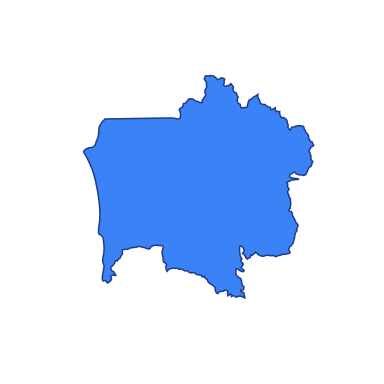 the district of Guaraqueçaba, Paraná, Brazil, rotated 136°
{"feature_id": "56859067B83930730788661", "entity_name": "Guaraqueçaba", "entity_type": "district", "adm_level": 2, "iso_a3": "BRA", "parent_name": "Brazil", "parent_adm1": "Paraná", "projection": "albers", "projection_center": [-48.356, -25.235], "detail": "fine", "context": "isolated", "style": "filled", "palette": "blue", "viewbox_px": 384, "rotation_deg": 136, "n_neighbors": 0, "source": "geoboundaries", "source_scale": "gbopen_adm2", "svg_char_len": 5765}
<svg xmlns="http://www.w3.org/2000/svg" viewBox="0 0 384 384"><g transform="rotate(136 192 192)"><path d="M106.2,126.8L106.9,128.4L108.4,130.1L109.4,131.4L110.7,133.2L111.3,135.1L110.4,135.9L109.0,136.5L107.5,135.8L106.0,135.8L104.5,135.2L104.4,132.9L103.5,130.5L101.2,128.0L100.0,126.1L97.8,125.5L96.5,126.0L94.5,127.0L91.9,127.9L90.5,128.5L88.8,127.8L87.0,128.4L85.6,129.5L83.9,130.0L84.1,131.9L82.6,134.4L81.1,135.6L80.9,137.0L80.1,137.9L79.4,140.0L77.8,140.9L75.6,141.5L72.2,140.9L71.5,143.0L70.8,144.4L71.7,146.3L70.5,150.0L69.0,151.7L68.5,154.4L68.5,156.3L67.8,157.7L67.3,159.7L66.2,161.6L67.3,163.4L68.6,165.1L70.4,166.5L71.6,167.3L73.3,167.7L75.5,169.4L78.2,168.2L78.6,169.7L78.1,171.9L77.0,172.7L75.8,174.3L75.6,175.7L74.4,176.5L73.8,178.8L74.0,180.7L74.7,182.3L76.1,183.4L75.8,185.1L74.6,187.4L73.0,189.0L75.5,191.5L74.9,193.5L73.7,194.7L77.0,195.7L78.1,196.5L76.9,198.4L77.7,199.6L78.3,201.0L78.7,202.8L78.8,204.4L79.8,205.2L80.6,206.6L81.3,208.4L79.6,211.2L79.4,212.9L78.2,215.3L76.8,216.4L79.6,216.9L81.1,217.4L82.4,217.5L85.0,217.6L86.6,218.5L89.4,217.4L91.1,216.3L93.4,214.8L95.1,215.7L96.7,217.3L97.9,217.6L98.2,218.9L97.4,220.1L96.4,221.7L97.1,223.6L96.6,225.4L95.3,227.0L94.0,227.7L92.9,228.2L92.5,230.2L91.3,232.5L92.2,234.2L91.8,236.8L90.2,238.2L89.1,238.8L89.0,240.7L88.8,243.1L90.4,242.8L91.5,243.3L93.4,244.0L94.9,245.4L95.1,247.1L93.5,247.8L91.4,249.8L90.1,250.4L90.5,252.1L91.8,253.9L93.3,254.1L94.4,254.3L95.6,255.1L95.4,256.9L95.8,260.1L96.6,261.4L98.1,263.3L99.5,263.9L100.4,265.0L101.7,266.2L104.7,264.8L105.1,262.6L105.4,260.9L107.1,259.3L108.1,257.6L109.4,256.9L112.1,256.2L113.9,254.3L114.2,252.3L117.7,251.5L121.1,250.8L122.6,249.3L123.9,250.4L124.6,251.9L125.3,253.7L126.4,255.3L126.8,258.3L127.7,259.4L129.3,261.0L130.8,261.1L132.0,260.7L133.3,260.7L135.1,260.3L136.7,261.6L138.2,260.3L140.5,259.9L143.1,260.4L144.2,259.9L145.3,257.0L147.6,254.5L148.6,253.7L150.1,253.5L151.3,254.2L153.3,257.0L154.0,258.0L157.5,261.6L203.8,304.9L207.3,304.9L209.7,304.4L213.2,303.4L214.8,302.4L216.5,300.8L217.7,299.6L218.6,298.8L219.8,297.9L221.4,296.8L222.8,296.1L224.5,295.3L225.9,294.8L227.3,294.0L229.1,293.0L230.6,293.0L232.4,293.2L234.4,294.7L236.8,296.0L238.5,296.6L240.1,296.6L241.3,296.7L242.4,295.6L242.7,294.2L242.9,292.9L243.1,291.6L243.5,290.4L244.1,288.5L244.9,286.1L245.5,284.4L245.9,283.2L246.7,281.2L247.4,279.3L247.9,278.0L248.8,276.1L249.6,274.4L250.4,272.9L251.1,271.6L252.3,269.5L253.5,267.3L255.0,264.9L255.7,263.9L256.5,262.6L257.4,261.1L258.2,260.0L259.0,258.7L259.9,257.4L260.9,255.9L261.8,254.7L262.5,253.6L263.7,252.1L264.7,250.7L265.6,249.4L266.6,248.2L267.4,247.3L268.5,245.9L270.0,244.1L271.4,242.4L272.7,241.1L273.7,239.9L275.0,238.7L276.7,237.1L278.2,235.7L279.3,234.7L281.0,233.4L282.6,232.1L283.8,231.2L285.2,229.9L286.6,228.6L287.6,227.6L288.1,226.0L287.3,223.7L287.6,222.0L288.1,220.3L288.8,219.2L291.1,216.5L292.5,214.6L294.2,212.6L298.1,209.1L301.3,206.9L304.7,204.0L306.1,200.8L306.9,199.6L315.0,193.6L316.3,192.5L317.4,191.0L317.8,189.8L316.4,189.0L315.6,187.8L316.1,185.5L314.7,184.8L313.4,184.7L311.1,184.9L310.0,185.6L309.0,188.1L307.5,187.8L305.9,186.3L304.8,184.9L304.1,186.1L304.3,187.7L303.7,189.1L304.4,190.7L303.9,193.3L302.2,194.2L300.8,194.1L299.2,194.2L297.0,194.6L294.5,195.8L293.6,194.3L291.6,194.9L290.3,194.4L289.0,194.7L287.7,195.3L286.2,195.6L285.1,195.8L284.1,196.6L283.4,198.1L282.0,198.8L281.1,197.9L279.1,196.7L278.0,195.4L276.0,194.9L274.4,194.0L270.7,191.2L268.5,190.0L267.2,188.9L266.5,187.6L265.5,186.0L263.8,183.0L262.9,181.1L261.5,180.5L259.8,181.1L257.7,180.6L255.7,179.5L254.8,178.7L253.2,176.7L251.7,175.2L250.7,173.8L250.9,172.0L253.9,170.6L255.0,169.9L256.4,168.2L257.2,167.0L258.3,165.0L259.2,163.8L260.4,162.7L261.1,161.3L260.5,159.6L260.6,157.4L262.5,156.7L263.6,155.2L264.5,154.1L265.0,152.2L263.7,152.4L262.1,152.5L260.7,151.7L259.3,151.1L258.1,149.8L257.1,148.6L255.5,147.5L255.1,145.5L253.3,144.0L252.7,142.6L252.2,141.3L251.9,140.0L250.5,139.2L249.9,138.0L249.9,136.1L248.5,134.0L247.5,133.4L246.1,132.2L246.3,130.3L244.7,127.5L242.9,125.6L243.7,124.2L242.9,123.0L241.7,122.6L242.4,120.8L241.9,118.5L242.9,116.0L242.8,113.8L241.9,110.9L241.7,109.3L241.8,107.0L243.6,105.1L244.5,102.5L244.1,100.9L242.2,101.5L240.3,100.5L239.4,99.7L237.9,98.6L236.6,98.8L235.4,97.2L235.3,95.5L237.1,94.2L238.2,92.3L236.8,92.1L235.2,92.0L235.5,90.2L236.2,89.3L234.5,89.0L233.7,87.4L233.3,85.9L232.3,85.0L231.1,84.8L229.7,83.8L228.6,81.7L227.6,79.1L226.8,80.3L224.7,83.6L225.2,85.1L226.0,86.6L224.8,87.5L223.0,85.9L221.5,86.8L220.4,87.8L220.8,89.3L220.1,90.8L218.0,94.0L217.1,95.7L217.7,98.3L218.0,100.9L216.7,103.4L213.6,106.2L212.4,104.9L212.4,103.1L212.0,101.6L210.7,99.2L209.4,99.0L208.8,100.1L209.5,102.0L208.8,103.8L207.1,103.8L205.7,104.2L204.9,105.1L205.1,107.1L204.3,109.5L202.6,109.2L202.2,110.8L201.1,113.5L198.6,116.6L196.1,119.3L194.8,119.6L194.0,118.3L194.0,116.5L194.8,113.9L195.8,113.2L198.5,112.6L197.9,111.5L198.2,109.3L198.9,107.3L198.8,105.3L196.8,105.0L195.7,104.5L193.4,105.7L192.7,104.5L190.7,104.8L189.2,104.2L188.1,104.8L187.7,102.6L188.0,101.2L186.4,97.4L185.1,96.0L182.3,94.8L180.3,92.4L179.2,91.1L178.3,90.2L177.2,89.5L177.0,87.6L175.7,86.8L174.2,86.4L171.7,84.8L170.3,84.3L168.6,82.8L166.6,81.5L164.1,80.1L163.0,81.0L162.9,82.6L162.0,83.8L159.7,84.6L157.5,84.5L156.1,84.9L154.8,84.9L153.3,85.8L151.9,86.9L150.5,87.4L149.1,88.7L146.9,90.2L144.7,91.1L143.4,91.2L141.9,92.9L140.7,93.4L139.0,94.2L138.5,95.3L138.4,97.7L136.7,102.4L136.2,105.0L134.7,106.9L134.2,108.6L135.1,110.2L135.0,112.1L132.5,112.0L131.1,113.6L129.3,114.7L127.8,116.6L125.9,118.9L125.5,121.2L124.4,122.8L123.4,125.9L120.5,126.4L119.7,127.8L119.8,129.4L117.9,130.9L117.0,133.0L113.5,131.8L112.3,131.5L111.1,130.6L106.2,126.8Z" fill="#3b82f6" stroke="#1e3a8a" stroke-width="1.5"/></g></svg>